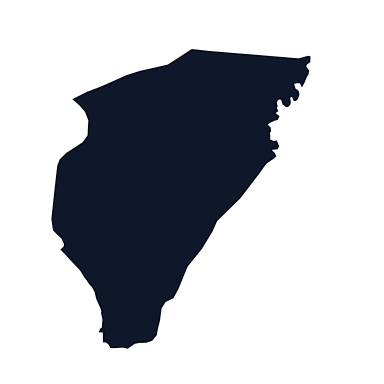 Kaiama, Kwara, Nigeria (orthographic projection), rotated 78°
{"feature_id": "59680162B83662033692716", "entity_name": "Kaiama", "entity_type": "district", "adm_level": 2, "iso_a3": "NGA", "parent_name": "Nigeria", "parent_adm1": "Kwara", "projection": "orthographic", "projection_center": [4.157, 9.519], "detail": "fine", "context": "isolated", "style": "filled", "palette": "ink", "viewbox_px": 384, "rotation_deg": 78, "n_neighbors": 0, "source": "geoboundaries", "source_scale": "gbopen_adm2", "svg_char_len": 1979}
<svg xmlns="http://www.w3.org/2000/svg" viewBox="0 0 384 384"><g transform="rotate(78 192 192)"><path d="M76.8,288.5L83.1,283.7L86.5,281.8L86.9,281.6L90.9,279.3L100.4,277.7L109.4,280.2L112.7,281.0L115.3,281.7L121.2,288.1L123.2,293.2L128.3,306.5L130.1,309.3L133.0,314.0L138.5,317.6L143.2,319.2L153.9,322.8L165.0,326.5L169.6,328.0L189.3,334.4L200.3,335.2L205.4,332.0L209.8,328.8L216.4,327.2L218.8,328.0L219.7,329.3L221.2,331.6L245.0,317.2L249.0,315.7L253.0,314.4L256.0,312.8L260.4,311.1L264.0,308.9L269.6,307.3L276.2,307.2L286.0,305.1L289.9,304.7L291.0,305.1L291.6,305.4L296.7,305.3L298.4,305.4L306.8,307.9L307.1,309.7L309.4,311.2L310.3,307.5L320.0,309.5L320.6,306.9L323.9,304.5L327.1,303.7L328.1,298.8L329.1,291.6L331.1,287.6L327.9,279.8L327.9,274.7L329.2,268.3L328.5,262.2L324.2,256.8L320.4,255.3L318.1,254.4L310.8,250.7L299.0,246.6L293.3,240.9L291.4,232.7L283.4,225.9L263.6,212.4L260.6,208.7L249.1,194.6L248.9,194.4L234.5,180.8L225.1,174.0L207.7,146.6L204.2,142.4L203.7,141.9L201.6,139.4L189.1,124.8L188.3,123.8L179.3,114.0L174.6,103.1L172.1,103.4L171.6,103.4L168.2,105.8L165.9,104.8L166.9,103.4L167.2,99.7L164.9,98.0L159.9,99.0L159.9,101.7L156.8,105.8L156.2,105.8L155.5,105.1L153.5,104.5L150.2,104.5L148.8,102.8L145.5,102.4L142.5,104.5L141.1,104.5L140.8,103.4L139.8,101.4L138.8,97.0L138.5,93.6L136.1,91.6L134.1,93.3L131.8,94.9L131.1,93.6L130.4,91.6L127.2,92.5L125.9,91.2L123.8,91.2L121.7,91.2L119.2,89.1L118.8,86.1L120.9,84.8L125.1,84.4L125.5,83.6L127.6,82.3L128.0,80.6L126.8,78.5L125.1,77.6L122.6,77.2L120.5,77.2L118.8,75.9L118.8,75.1L119.2,74.2L120.5,73.4L123.4,73.0L123.8,71.7L122.6,69.6L118.8,67.4L115.5,67.4L115.1,67.8L112.6,70.0L106.7,70.4L106.7,66.2L107.5,63.2L110.9,62.3L109.2,60.9L107.5,59.4L105.5,58.1L103.0,56.4L100.9,54.3L98.6,53.4L97.5,53.0L92.9,55.1L90.4,53.2L89.1,50.0L84.3,48.8L83.7,50.2L84.2,60.0L63.8,127.9L58.6,145.3L52.9,162.5L63.1,189.0L63.5,218.4L64.9,231.9L70.7,259.2L72.9,273.5L76.8,288.5Z" fill="#0f172a" stroke="#020617" stroke-width="1.5"/></g></svg>